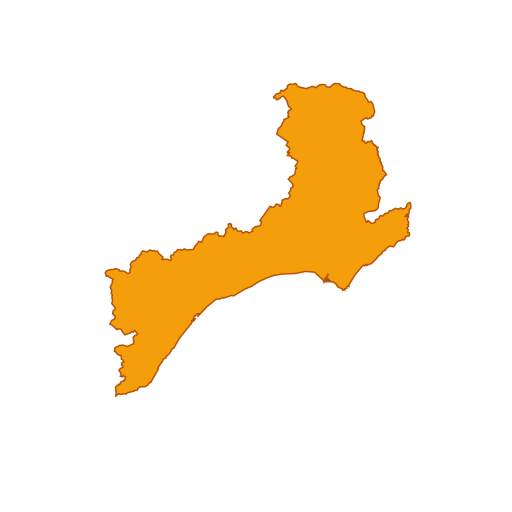 Buller District, West Coast, New Zealand (orthographic projection), rotated 215°
{"feature_id": "76426892B83106555775362", "entity_name": "Buller District", "entity_type": "district", "adm_level": 2, "iso_a3": "NZL", "parent_name": "New Zealand", "parent_adm1": "West Coast", "projection": "orthographic", "projection_center": [171.97, -41.649], "detail": "fine", "context": "isolated", "style": "filled", "palette": "amber", "viewbox_px": 512, "rotation_deg": 215, "n_neighbors": 0, "source": "geoboundaries", "source_scale": "gbopen_adm2", "svg_char_len": 6122}
<svg xmlns="http://www.w3.org/2000/svg" viewBox="0 0 512 512"><g transform="rotate(215 256 256)"><path d="M290.6,60.8L290.2,61.3L289.8,64.2L287.7,64.8L285.1,67.5L283.0,68.7L283.1,69.9L278.5,75.3L277.8,76.9L276.4,77.7L276.7,79.4L275.9,82.5L272.4,84.8L270.7,87.9L270.5,91.6L269.7,91.9L271.2,107.6L272.0,107.8L272.4,113.1L272.1,115.1L272.6,117.1L272.5,119.3L271.4,120.7L271.8,121.6L271.0,127.2L271.4,132.1L270.5,133.4L271.6,145.0L270.2,164.6L271.6,166.1L270.9,167.5L271.9,170.4L271.8,172.4L271.5,171.5L271.1,174.9L269.8,175.9L269.1,172.7L267.1,186.5L263.9,197.7L261.2,199.8L259.4,203.0L258.2,203.1L253.5,209.6L251.5,210.5L246.3,222.2L242.4,228.4L238.7,237.3L234.0,245.1L230.1,250.4L224.6,255.9L213.7,264.3L206.8,271.6L198.9,276.3L187.2,274.8L185.3,273.5L185.9,276.6L186.1,276.1L186.5,276.8L185.9,276.7L186.1,277.3L187.3,276.8L186.2,277.6L186.7,282.1L186.2,282.3L185.9,278.2L185.7,278.8L181.8,278.3L183.1,277.4L184.7,277.9L184.1,277.0L185.4,277.5L184.9,276.6L185.2,275.2L184.9,273.6L185.0,274.2L183.0,275.9L178.3,278.8L174.8,279.1L171.4,277.6L166.1,278.5L165.4,277.6L164.2,278.7L163.7,279.4L164.4,279.5L164.5,280.5L163.1,282.0L163.8,282.5L163.9,283.8L162.3,284.3L163.3,285.2L164.1,297.3L163.0,309.8L161.6,310.2L161.4,311.6L160.0,311.4L159.6,312.3L160.2,312.7L158.8,313.5L157.0,316.3L155.7,323.6L156.0,324.6L154.3,330.6L155.1,331.6L153.3,334.9L153.7,335.2L153.6,336.7L152.8,339.4L151.5,341.4L148.5,342.4L148.6,347.4L147.7,350.7L146.4,351.3L145.7,353.5L144.6,353.4L144.0,354.5L144.0,356.5L144.6,356.9L144.2,357.9L143.0,359.8L142.1,360.1L142.7,362.0L143.7,362.9L145.2,362.3L146.4,364.9L148.4,365.3L148.1,367.8L149.7,368.8L149.2,369.6L150.4,371.2L153.5,373.0L153.3,375.1L154.2,375.5L153.8,375.9L154.3,376.5L155.1,376.4L154.6,375.4L156.5,374.0L156.4,376.7L155.0,378.0L157.0,382.1L156.6,383.9L159.3,387.5L160.9,388.1L161.9,385.5L161.0,382.3L161.2,380.5L162.9,378.6L165.0,378.5L166.2,376.1L169.1,375.0L171.1,370.5L172.5,369.7L172.7,367.1L174.7,364.5L175.2,361.3L177.4,360.4L176.9,357.1L178.7,354.4L178.0,352.1L178.3,350.6L180.3,348.9L184.6,349.3L184.4,347.4L185.0,347.0L189.7,350.0L191.8,352.1L191.7,352.9L189.7,356.7L184.3,361.6L183.6,364.0L183.8,366.0L185.0,367.7L187.9,375.3L190.4,375.7L194.7,379.8L194.2,381.9L195.8,383.5L195.5,384.6L196.5,385.8L196.2,386.7L197.2,388.8L196.5,391.5L196.6,395.0L195.8,397.5L200.4,399.1L201.3,398.6L203.1,401.5L206.7,403.6L207.0,404.4L208.0,404.2L210.3,406.9L211.7,407.1L212.9,408.2L213.9,408.0L214.2,409.3L215.5,409.7L215.4,411.4L217.8,412.1L217.7,412.9L218.7,413.5L218.0,414.4L218.2,415.0L221.2,414.6L222.0,415.2L223.0,414.5L227.6,416.7L228.1,414.9L230.2,413.9L230.3,411.5L231.6,411.3L232.9,412.4L235.3,411.3L238.1,418.0L238.1,418.9L238.9,419.3L238.9,420.4L241.1,424.3L244.5,424.5L247.3,426.7L245.2,432.6L243.2,432.2L240.7,435.7L241.5,437.2L240.1,438.2L241.2,439.9L241.1,441.2L241.7,442.4L248.0,447.9L250.8,448.4L250.9,447.5L252.5,446.6L254.0,447.9L257.4,448.7L260.1,451.2L262.8,451.2L264.4,450.1L266.6,450.0L267.8,448.9L271.7,447.5L273.6,447.8L277.6,445.6L279.0,445.9L280.8,444.8L283.2,444.3L286.4,444.9L289.9,442.9L291.1,441.4L292.5,436.2L295.6,435.1L297.4,435.9L299.6,434.8L302.0,432.7L303.2,430.0L303.1,428.5L307.2,427.3L310.9,421.9L318.5,418.8L322.4,420.1L324.5,417.5L326.8,416.4L327.4,415.2L327.8,413.6L326.8,411.4L327.7,407.8L328.6,406.6L329.8,406.7L330.6,405.8L329.9,403.1L332.3,400.3L332.8,396.3L332.1,395.7L330.9,396.6L328.6,395.8L327.4,397.7L326.1,401.8L324.8,402.7L320.1,401.0L315.2,397.2L312.4,397.1L311.1,396.2L312.6,394.1L312.2,391.6L310.9,391.1L310.0,388.8L308.9,389.1L308.8,387.7L311.4,384.0L310.6,382.2L310.5,379.3L309.9,378.5L310.1,374.7L310.8,373.6L308.9,367.7L295.3,367.9L294.7,363.9L290.3,363.7L289.6,361.9L289.8,360.0L287.7,359.9L287.8,359.0L289.3,358.7L287.8,357.8L287.9,356.3L284.7,357.9L282.6,356.7L281.5,357.5L276.1,357.5L275.2,354.9L275.7,352.3L273.0,351.2L273.5,350.5L271.1,345.2L272.3,341.8L273.3,340.7L273.6,337.5L267.1,336.0L265.5,333.9L266.4,331.5L265.3,329.8L265.3,326.4L262.7,325.2L262.1,323.5L263.0,320.7L264.6,320.1L266.6,316.5L265.1,314.3L265.1,312.9L264.3,311.7L264.6,310.7L265.5,310.4L266.7,311.2L269.1,310.2L269.3,306.2L270.9,305.0L272.9,304.9L273.1,287.2L271.2,287.2L269.9,283.9L270.4,282.4L273.3,279.9L274.5,275.6L273.0,274.4L275.0,270.8L276.9,270.9L278.8,269.7L279.6,267.3L282.8,268.0L285.1,265.7L288.6,267.3L289.3,264.9L291.3,265.9L292.8,265.6L293.9,267.4L295.6,268.0L297.0,266.1L294.9,263.8L296.1,260.2L293.8,257.4L294.0,254.8L293.3,254.0L297.9,251.1L299.8,252.1L300.5,253.2L302.3,252.8L302.8,251.9L302.6,250.4L304.4,248.7L307.2,247.4L308.4,245.9L309.6,241.4L308.3,236.2L311.3,235.1L311.2,231.5L311.7,229.8L311.1,225.4L316.1,221.3L318.8,220.7L320.0,218.0L321.2,218.1L323.8,216.3L324.0,213.6L324.9,212.1L324.4,209.2L325.7,208.2L325.9,207.0L325.6,206.1L323.8,205.5L323.4,203.3L327.2,202.3L331.0,199.3L331.7,201.8L337.1,202.2L339.5,203.5L341.3,202.1L342.8,201.9L343.6,200.7L346.2,200.3L347.5,196.8L351.6,195.4L352.0,192.7L351.2,191.4L351.9,189.9L351.2,188.1L352.5,186.3L352.3,183.4L354.1,180.7L354.4,178.7L353.8,176.7L352.1,175.8L351.4,172.2L349.8,170.3L350.2,169.0L351.2,168.1L355.3,168.0L358.7,165.7L360.6,166.2L364.1,164.9L364.9,163.3L367.6,161.2L369.9,158.2L369.9,155.9L367.0,153.6L365.4,154.9L364.0,154.5L359.5,155.0L359.5,153.3L358.3,151.6L357.7,147.2L354.1,144.5L353.2,142.2L351.5,142.0L350.2,139.3L348.1,137.4L346.8,134.3L341.2,132.7L340.9,131.6L341.7,129.6L340.3,126.4L336.6,125.8L335.6,123.6L337.3,120.4L336.6,116.4L334.2,116.9L327.8,115.8L327.1,117.4L324.4,118.7L322.3,117.4L318.2,116.2L314.6,121.0L314.8,122.7L312.8,123.2L312.7,125.3L308.4,124.4L308.2,123.3L309.5,121.4L310.0,119.0L306.7,115.3L306.1,113.7L309.4,108.2L314.1,106.6L316.2,104.6L318.9,99.9L317.2,96.6L316.0,97.0L312.9,96.0L309.1,96.9L307.2,94.3L305.3,94.5L304.0,93.8L303.4,93.1L304.5,92.2L304.6,91.1L303.6,89.6L302.4,89.7L301.3,88.6L302.7,85.7L302.7,83.8L298.8,82.2L298.1,79.6L296.5,80.1L296.2,81.9L295.5,81.2L294.1,82.4L293.3,81.9L292.4,79.0L293.0,78.4L292.7,77.6L294.4,75.8L294.0,73.1L294.8,72.3L294.3,72.1L295.4,70.6L295.8,68.0L291.6,63.1L290.6,60.8ZM269.8,170.5L270.5,167.3L270.3,166.0L269.7,168.0L269.8,170.5Z" fill="#f59e0b" stroke="#b45309" stroke-width="1.5"/></g></svg>